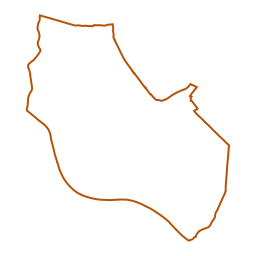 Leiderdorp, Zuid-Holland, Netherlands
{"feature_id": "6326949B52811816416418", "entity_name": "Leiderdorp", "entity_type": "district", "adm_level": 2, "iso_a3": "NLD", "parent_name": "Netherlands", "parent_adm1": "Zuid-Holland", "projection": "equal_earth", "projection_center": [4.544, 52.157], "detail": "fine", "context": "isolated", "style": "outline", "palette": "amber", "viewbox_px": 256, "rotation_deg": 0, "n_neighbors": 0, "source": "geoboundaries", "source_scale": "gbopen_adm2", "svg_char_len": 5468}
<svg xmlns="http://www.w3.org/2000/svg" viewBox="0 0 256 256"><path d="M229.2,145.5L226.1,142.6L224.3,140.8L219.1,135.9L217.2,134.0L213.2,130.1L212.5,129.4L212.0,128.9L211.2,128.0L210.2,127.1L209.5,126.3L208.6,125.4L205.7,122.7L203.4,120.4L201.3,118.3L198.1,115.4L197.3,114.6L196.2,113.5L195.6,112.7L194.1,110.9L194.6,110.5L195.0,110.2L195.5,110.0L197.3,109.1L197.6,108.7L197.5,108.3L196.8,107.4L196.7,107.4L191.6,100.7L191.0,100.8L190.7,100.8L190.7,100.5L190.8,100.1L190.8,99.7L190.7,99.3L190.7,97.7L191.5,96.7L190.0,96.0L192.4,92.7L194.5,90.0L195.8,88.4L196.1,88.0L196.8,87.1L190.4,84.1L188.8,86.2L188.3,86.7L188.0,87.0L187.5,87.4L187.0,87.9L186.5,88.3L185.9,88.6L185.3,89.0L184.4,89.4L183.7,89.6L181.5,90.5L180.6,90.8L179.5,91.3L177.9,92.0L176.5,92.7L175.6,93.2L174.6,93.7L173.6,94.3L172.6,94.9L171.6,95.5L170.9,96.1L168.3,97.9L167.5,98.4L166.9,98.8L166.3,99.1L165.4,99.5L162.5,100.6L161.3,100.8L160.1,100.4L158.8,100.0L157.4,100.1L156.6,100.0L155.9,99.7L153.5,97.4L152.9,96.8L150.8,94.1L150.3,94.3L145.7,88.2L145.9,88.1L145.4,87.5L145.2,87.6L144.9,87.1L144.7,87.2L134.5,73.4L134.2,73.6L132.4,71.1L132.6,71.0L131.3,69.3L131.2,69.1L128.9,66.1L127.2,63.7L125.5,61.2L125.4,61.1L125.2,60.9L124.3,59.4L123.7,58.3L123.0,57.0L122.0,55.1L120.9,52.7L120.7,52.3L120.1,51.2L116.5,43.7L116.0,43.1L115.7,42.7L115.4,41.7L115.1,40.8L115.1,40.6L115.0,40.2L114.6,40.3L113.7,38.0L113.8,38.0L113.8,37.9L113.7,37.8L113.5,37.2L113.5,36.3L113.6,35.4L113.6,34.8L113.1,31.1L113.1,29.7L113.2,27.2L113.2,26.6L113.1,26.2L112.9,25.8L112.7,25.1L112.7,24.3L110.4,24.5L109.6,24.6L108.1,24.7L107.5,24.8L106.1,25.3L105.5,25.5L105.1,25.6L104.2,25.6L102.4,25.5L100.9,25.3L99.8,25.3L98.9,25.1L98.4,25.1L98.0,25.2L97.2,25.4L96.8,25.4L96.5,25.3L95.8,25.2L94.0,25.2L93.8,25.3L93.7,25.4L93.6,25.5L93.5,25.9L93.4,26.1L93.2,26.2L92.3,26.1L91.5,26.1L88.3,26.0L87.4,25.9L86.8,25.9L86.1,25.9L85.4,25.8L85.0,25.7L84.5,25.7L83.9,25.9L83.2,26.0L82.7,26.0L80.1,25.6L79.1,25.4L78.3,25.3L77.7,25.3L77.2,25.4L76.4,25.6L75.8,25.6L74.9,25.5L63.8,22.3L53.0,19.1L39.9,15.4L39.8,15.8L39.7,16.3L39.7,16.8L39.8,19.0L39.8,19.3L39.6,20.1L38.7,22.5L38.5,22.9L38.4,23.1L38.3,23.4L38.2,24.0L38.0,24.6L37.9,25.0L37.8,25.4L37.8,25.7L37.7,26.4L37.6,27.3L37.5,27.9L37.5,28.0L37.6,29.2L37.6,29.3L37.7,29.6L38.4,31.0L38.6,31.6L38.7,31.9L38.8,32.3L38.9,32.8L39.3,34.0L39.3,34.3L39.4,34.6L39.5,35.7L39.5,36.4L39.4,36.8L39.4,37.0L39.3,37.7L38.8,39.4L38.6,40.1L38.3,40.9L38.2,41.3L38.1,41.6L37.7,42.9L37.7,43.1L37.9,44.3L38.3,45.8L38.7,46.9L39.9,48.9L40.2,49.5L40.3,49.8L40.3,50.0L40.4,50.6L40.4,50.8L40.2,51.2L40.1,51.4L39.9,51.7L39.8,51.9L39.5,52.5L37.7,55.1L37.3,55.6L37.1,55.9L35.8,57.6L35.5,58.0L35.2,58.3L34.4,59.3L33.8,59.9L33.6,60.0L31.2,61.9L30.0,62.9L29.5,63.4L29.2,63.6L28.6,64.4L28.2,65.1L28.0,66.8L28.8,69.1L29.7,71.2L30.6,77.8L30.8,79.2L31.0,80.2L31.8,86.0L32.0,87.5L32.2,88.5L31.9,89.6L31.6,90.4L31.2,91.0L30.6,92.0L30.3,92.5L29.7,93.7L29.4,94.4L29.1,95.1L28.9,95.6L28.6,96.5L28.4,97.4L28.2,98.0L28.1,99.0L27.8,103.2L27.7,104.9L27.6,105.6L27.5,106.3L27.2,107.2L27.0,108.9L26.8,109.7L26.8,110.0L26.9,110.3L27.0,110.5L27.3,110.9L27.4,111.1L28.0,111.5L28.6,111.9L31.2,114.0L35.1,117.2L35.7,117.7L37.5,119.3L39.1,120.6L43.6,124.1L44.2,124.6L44.8,125.1L45.3,125.6L46.2,126.6L46.6,127.1L47.0,127.5L47.4,128.1L48.1,129.0L48.4,129.5L48.7,130.0L49.2,131.1L49.4,131.6L49.8,132.6L50.0,133.1L50.1,133.6L50.7,136.2L50.8,137.5L50.9,138.0L51.4,140.6L51.7,141.8L52.4,144.5L52.9,146.3L53.6,149.1L54.0,150.9L54.4,152.5L54.7,153.9L55.2,155.7L55.8,157.6L56.2,158.9L56.6,160.1L57.2,162.3L57.9,164.3L58.5,166.2L59.1,168.1L59.7,170.1L60.3,171.6L61.9,174.9L62.7,176.6L63.6,178.2L64.5,179.7L65.8,181.6L67.2,183.4L69.0,185.5L70.9,187.4L72.9,189.3L73.6,189.9L75.7,191.6L77.3,192.6L78.0,193.1L79.2,193.8L80.1,194.2L80.8,194.6L83.0,195.5L85.5,196.4L87.4,197.1L91.0,198.0L92.1,198.3L93.3,198.6L94.1,198.7L96.0,199.1L99.4,199.6L105.0,199.9L107.6,200.0L109.5,200.1L109.8,200.1L113.7,199.9L116.7,199.7L121.5,199.5L122.5,199.5L123.5,199.5L124.9,199.6L126.8,199.7L128.0,199.9L129.3,200.2L131.1,200.5L133.2,201.0L134.9,201.5L136.3,202.0L138.3,202.8L141.1,203.9L142.2,204.5L144.7,205.8L147.3,207.0L150.0,208.3L153.5,210.4L154.6,211.1L155.2,211.6L156.8,212.6L158.4,213.6L159.5,214.4L160.2,214.9L162.8,216.8L165.3,218.8L165.7,219.1L167.3,220.4L168.5,221.5L169.3,222.1L169.7,222.7L170.9,224.2L173.5,226.9L175.4,228.9L176.4,229.9L181.4,234.9L182.3,235.7L183.8,236.9L185.5,238.3L188.7,240.6L189.9,240.2L192.3,239.3L192.9,239.0L193.8,237.7L194.0,237.5L194.4,237.1L194.7,237.1L195.1,237.2L195.3,237.2L195.5,237.2L195.9,236.3L196.1,235.5L196.2,235.3L196.4,234.8L196.6,234.5L197.0,233.8L197.4,233.3L198.6,231.8L198.9,231.5L199.3,231.2L199.7,230.9L200.0,230.7L200.3,230.5L202.1,229.7L202.7,229.4L203.8,228.9L204.9,228.5L205.1,228.4L205.5,228.3L205.8,228.3L206.2,228.2L206.3,228.1L206.7,227.8L206.9,227.7L207.1,227.6L207.7,227.5L208.0,227.4L208.3,227.3L208.5,227.1L208.7,226.9L209.9,225.8L210.0,225.6L210.2,225.4L210.4,225.0L211.3,223.1L211.6,222.5L212.3,221.4L212.9,220.5L213.0,220.2L213.5,219.6L213.9,219.0L214.1,218.7L214.5,218.0L215.1,216.6L215.1,216.2L215.1,215.8L215.1,215.4L215.1,215.1L215.1,214.9L215.7,212.9L216.1,212.0L216.9,210.8L217.2,210.3L217.7,209.2L218.2,208.0L219.8,204.5L219.9,204.3L220.1,203.8L220.3,203.2L221.4,201.0L222.2,199.0L224.9,193.3L225.0,193.1L225.1,192.8L225.3,192.1L225.4,191.8L225.6,191.5L225.7,189.0L225.7,185.9L226.6,175.1L227.1,166.9L228.0,157.7L228.8,147.8L228.9,146.0L229.2,145.5Z" fill="none" stroke="#b45309" stroke-width="2"/></svg>